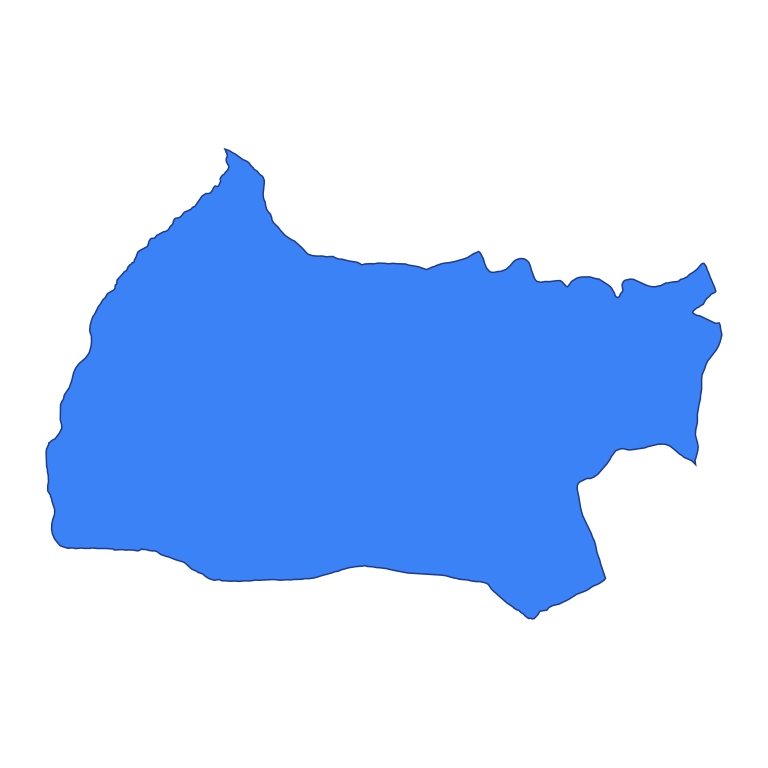 the district of Dige, Gash Barka, Eritrea
{"feature_id": "51966322B2269469169299", "entity_name": "Dige", "entity_type": "district", "adm_level": 2, "iso_a3": "ERI", "parent_name": "Eritrea", "parent_adm1": "Gash Barka", "projection": "orthographic", "projection_center": [37.574, 15.721], "detail": "fine", "context": "isolated", "style": "filled", "palette": "blue", "viewbox_px": 768, "rotation_deg": 0, "n_neighbors": 0, "source": "geoboundaries", "source_scale": "gbopen_adm2", "svg_char_len": 6063}
<svg xmlns="http://www.w3.org/2000/svg" viewBox="0 0 768 768"><path d="M695.6,464.6L695.0,460.3L696.0,457.6L697.8,450.5L698.2,447.1L697.6,443.3L695.6,435.9L695.4,434.4L695.7,430.2L697.4,422.4L697.4,414.2L699.0,404.7L700.4,398.9L700.5,396.1L701.6,389.2L701.6,380.0L702.0,375.0L704.7,368.7L705.7,365.3L707.5,361.3L716.3,349.9L718.4,346.2L720.1,341.9L721.9,334.8L720.8,329.9L720.2,325.4L719.3,323.0L716.0,323.3L714.7,323.0L699.5,315.7L697.0,315.4L693.6,313.6L692.6,312.6L693.4,310.8L696.9,307.9L699.4,306.8L700.1,306.1L703.4,304.1L705.2,300.6L707.0,298.2L708.0,297.6L711.5,294.0L715.0,292.4L715.8,291.4L714.8,287.9L709.6,275.7L708.6,272.6L707.2,269.9L706.3,266.7L704.1,263.5L702.9,263.3L701.3,264.2L697.1,269.2L692.7,272.6L690.8,273.6L688.8,275.1L687.3,276.8L682.4,279.1L680.5,279.4L679.2,280.8L677.7,281.5L672.3,282.0L667.6,283.0L665.9,283.0L660.4,285.8L658.7,285.9L655.3,286.8L651.2,286.6L648.8,286.1L646.1,285.1L633.6,279.4L630.3,279.1L625.2,280.2L623.6,281.3L622.3,283.8L622.1,285.4L622.9,290.5L621.9,292.3L620.4,293.9L619.4,296.7L617.6,297.5L616.5,297.1L615.3,296.0L614.5,293.3L611.9,288.6L610.4,286.7L608.5,285.2L599.1,279.1L595.2,278.5L589.8,276.9L581.5,277.0L578.3,277.6L576.5,278.3L571.6,281.4L568.1,286.2L567.4,286.8L566.2,286.3L562.3,282.0L560.3,280.6L557.5,280.6L549.4,281.6L545.0,281.5L540.8,282.3L536.7,281.3L535.1,279.5L534.2,277.6L531.4,270.1L530.3,265.8L528.8,262.3L526.7,260.3L524.7,259.1L523.1,258.7L520.8,258.5L518.5,258.9L515.3,260.2L513.4,261.8L510.3,265.6L506.6,268.9L505.3,269.7L500.6,271.4L498.1,271.5L493.9,272.4L490.7,272.1L489.2,271.1L486.6,268.1L484.8,264.0L483.3,258.6L480.3,253.0L478.7,251.5L473.6,253.7L467.8,257.4L464.9,258.6L454.5,261.6L448.8,262.7L443.8,263.2L440.4,264.1L436.6,265.4L434.0,266.7L432.6,266.9L426.6,269.6L418.3,266.7L408.3,265.0L405.6,264.0L396.6,263.7L393.2,263.3L388.6,263.8L384.9,263.3L377.7,263.1L374.2,263.8L369.6,263.7L364.8,264.0L362.2,264.8L361.3,264.6L359.8,263.5L356.9,262.2L348.5,260.9L342.5,259.3L338.7,259.0L335.5,257.9L333.1,256.5L328.4,256.6L326.9,256.9L322.1,256.0L317.2,256.1L312.9,255.7L308.2,254.3L306.4,252.7L302.4,248.2L294.6,241.1L291.1,239.5L285.1,235.4L280.1,229.9L278.3,227.4L273.3,222.5L271.9,219.6L271.7,217.7L270.4,214.0L268.4,212.0L266.6,209.2L266.2,207.4L265.9,207.0L265.0,201.6L263.6,198.7L263.1,194.2L264.4,181.6L264.0,179.5L262.6,176.4L259.4,174.1L257.4,171.4L253.9,169.1L253.2,167.8L250.8,165.4L249.3,163.2L247.3,161.5L242.6,159.4L235.1,153.9L233.2,153.1L229.3,150.6L224.9,149.1L225.7,150.8L225.9,151.9L226.9,153.2L226.8,154.0L227.4,155.1L227.0,156.8L226.3,158.3L226.2,160.7L226.7,162.5L228.7,165.9L228.8,167.3L227.5,170.4L226.3,171.3L223.8,174.5L222.3,175.3L220.4,178.1L220.2,179.0L220.6,181.3L218.8,185.5L218.0,186.5L217.0,186.5L215.6,186.0L214.8,186.2L213.3,188.1L212.6,189.9L210.5,192.8L208.7,193.5L205.8,193.6L202.0,196.1L194.9,206.4L192.5,207.4L190.8,209.4L184.3,212.2L181.1,216.3L179.8,217.2L178.8,217.8L175.8,218.2L174.9,218.6L173.8,220.1L172.6,224.2L170.2,226.5L168.6,229.4L168.0,230.0L166.0,231.3L163.2,231.9L156.6,235.5L155.0,237.8L154.0,238.2L151.4,238.4L150.3,239.1L149.1,241.2L147.7,245.9L146.9,246.8L139.8,250.5L137.8,252.2L135.8,257.6L134.4,259.9L134.2,261.8L133.6,262.4L132.3,262.6L131.1,264.2L129.8,264.9L128.1,266.9L126.6,270.5L124.0,272.0L123.1,273.4L117.1,280.0L116.6,283.9L116.3,284.4L115.4,284.9L115.1,286.2L115.1,288.0L113.9,289.9L107.5,293.6L104.9,298.1L103.6,299.0L102.6,300.2L100.4,304.0L98.3,306.7L94.6,314.2L92.8,316.8L91.5,320.4L90.2,325.2L89.7,330.3L90.1,332.5L91.4,336.0L91.5,342.3L90.9,346.8L89.4,352.2L88.1,354.5L85.3,358.3L79.3,363.3L75.7,368.1L75.1,369.3L73.5,373.1L71.7,380.7L69.3,387.6L64.4,394.8L63.4,399.2L61.8,401.6L60.5,404.8L60.3,419.9L61.6,424.6L61.8,428.4L61.3,429.5L60.6,430.0L60.4,431.2L59.0,433.6L55.0,438.9L52.4,440.1L50.4,441.7L49.7,442.6L48.9,442.8L48.6,444.5L46.5,449.2L46.1,452.3L46.6,466.4L47.3,468.8L47.5,472.0L48.2,475.2L48.5,481.6L47.7,486.0L47.7,490.0L47.8,491.0L50.4,495.0L50.6,496.7L51.6,498.7L52.1,501.7L54.6,509.3L54.7,512.3L54.4,514.6L52.6,520.1L51.8,524.0L51.6,528.8L52.3,533.5L54.7,539.1L58.7,544.2L60.4,545.8L64.6,547.3L68.2,548.3L72.4,547.8L75.7,548.6L81.2,548.0L84.7,548.4L89.9,548.4L91.7,547.9L97.5,548.5L106.4,548.5L112.9,549.0L113.6,549.3L114.2,550.0L121.9,549.6L126.6,550.2L127.5,549.9L132.4,550.0L138.0,550.9L140.7,549.7L141.4,549.0L142.2,549.0L142.9,549.5L145.9,549.5L149.1,550.5L153.1,551.0L154.2,550.7L157.1,551.7L160.8,554.5L166.0,556.3L169.0,557.1L175.6,559.7L183.6,562.1L185.2,563.1L191.7,569.1L195.6,570.8L198.6,572.6L202.9,574.0L204.8,575.9L208.5,578.4L213.3,580.0L214.9,580.2L219.5,579.5L221.2,580.5L222.9,580.9L224.2,580.7L229.8,581.2L235.1,581.0L239.0,581.4L245.1,580.8L249.4,581.0L256.1,580.0L257.7,580.3L273.5,579.5L279.9,580.2L287.3,579.7L291.0,579.9L293.4,579.5L301.7,579.3L305.0,578.6L308.4,578.7L313.7,578.0L316.6,577.3L321.8,575.6L331.5,573.0L334.6,571.8L338.2,571.2L341.4,569.8L349.1,567.7L356.0,566.6L362.9,566.1L364.3,565.6L367.6,566.5L372.8,566.8L376.7,567.6L379.3,567.7L386.5,568.6L393.0,570.2L407.7,573.0L441.4,575.1L445.7,575.7L453.9,578.0L457.6,578.6L458.9,579.2L468.7,580.1L470.0,580.7L476.5,581.7L477.2,581.5L480.3,581.7L485.9,583.0L488.4,584.5L491.4,589.0L492.9,590.6L507.1,603.1L512.9,606.9L513.7,607.8L516.6,609.8L518.7,610.3L520.9,612.5L523.0,613.7L525.1,615.9L528.4,618.4L531.1,618.3L532.0,618.9L532.9,618.9L534.2,618.6L536.8,615.9L538.0,614.6L539.6,611.6L540.3,611.1L546.7,610.2L549.1,607.4L552.8,605.5L559.1,604.1L568.7,599.4L576.6,594.3L585.3,591.0L588.4,589.4L592.6,586.4L599.1,583.6L604.0,580.3L605.5,578.4L600.6,563.8L599.8,560.2L597.1,553.0L595.5,544.9L594.2,540.5L593.0,538.4L591.2,533.4L583.0,516.3L582.0,513.4L580.6,507.9L578.7,496.3L577.2,489.3L577.3,485.4L578.6,483.0L580.2,481.7L586.3,478.7L588.1,478.4L590.0,478.6L594.1,477.0L597.9,474.2L606.9,463.9L610.0,459.4L610.7,457.6L615.6,450.8L619.0,449.4L621.7,448.7L623.6,448.7L628.2,449.9L631.6,449.8L645.0,447.8L647.7,446.7L658.3,444.2L664.1,444.1L666.1,444.5L669.9,446.0L675.6,450.5L679.2,453.8L682.2,455.7L684.2,457.4L691.3,460.5L693.0,461.8L695.6,464.6Z" fill="#3b82f6" stroke="#1e3a8a" stroke-width="1.5"/></svg>